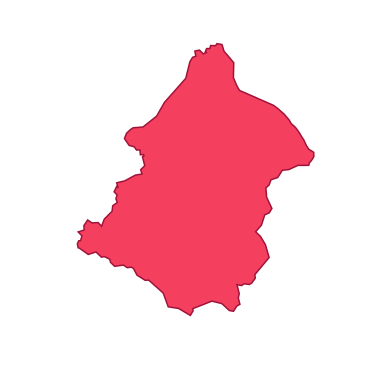 Bitola, Bitola, North Macedonia, rotated 244°
{"feature_id": "65306769B29228652763838", "entity_name": "Bitola", "entity_type": "district", "adm_level": 2, "iso_a3": "MKD", "parent_name": "North Macedonia", "parent_adm1": "Bitola", "projection": "robinson", "projection_center": [21.305, 41.044], "detail": "fine", "context": "isolated", "style": "filled", "palette": "rose", "viewbox_px": 384, "rotation_deg": 244, "n_neighbors": 0, "source": "geoboundaries", "source_scale": "gbopen_adm2", "svg_char_len": 1869}
<svg xmlns="http://www.w3.org/2000/svg" viewBox="0 0 384 384"><g transform="rotate(244 192 192)"><path d="M269.6,154.7L261.5,155.9L257.9,159.9L254.0,160.5L252.8,163.6L248.1,161.9L246.8,164.8L245.6,164.8L245.3,162.9L236.3,161.0L234.6,155.7L230.1,154.9L232.0,148.5L231.5,136.3L233.3,128.4L228.9,127.5L230.0,126.7L226.3,122.1L222.2,123.4L219.2,120.6L215.4,120.3L214.4,114.7L209.7,111.7L206.1,101.3L200.9,95.7L205.7,94.2L208.1,88.5L212.6,86.0L209.2,80.1L205.1,78.4L206.0,72.2L200.8,73.8L197.2,70.6L197.8,68.7L195.6,66.2L191.8,65.2L190.8,66.2L181.3,71.4L180.2,79.4L173.0,82.1L172.5,84.8L167.6,88.6L164.6,87.9L159.1,89.9L156.4,98.3L152.4,100.6L151.0,104.5L148.9,105.9L141.4,106.1L133.3,111.1L131.7,114.5L113.8,121.8L99.2,120.3L93.3,128.8L81.8,136.4L84.7,140.9L86.8,141.6L85.2,162.0L78.6,169.9L69.1,173.6L66.6,177.0L69.9,182.4L70.0,185.8L76.5,187.2L79.9,189.9L89.0,191.8L86.2,195.5L86.6,198.7L83.8,202.9L83.9,205.6L86.7,211.0L90.2,212.3L99.3,232.6L112.5,234.9L121.9,234.1L128.4,231.8L131.7,239.8L139.6,247.4L139.4,252.3L142.2,256.6L154.6,256.8L163.3,260.2L164.5,264.4L168.4,268.4L167.4,275.3L171.9,282.7L169.7,288.9L169.5,298.8L164.8,308.6L166.7,310.2L167.8,312.9L169.0,315.0L170.5,317.1L174.3,318.8L175.5,318.1L179.3,315.7L183.3,315.2L189.7,315.3L193.7,314.8L198.6,314.4L203.4,313.6L206.1,312.8L209.8,311.2L211.4,311.1L213.0,311.0L215.1,310.7L216.4,310.3L221.9,308.9L223.3,308.2L229.0,305.9L234.1,303.3L246.8,292.5L247.9,291.6L255.8,284.9L262.5,279.2L267.6,278.9L270.3,279.0L275.7,279.3L276.5,279.3L289.5,286.0L289.8,286.2L298.4,284.1L304.4,282.5L311.4,283.6L314.4,279.5L313.2,277.3L315.5,272.9L313.1,270.9L314.5,268.0L312.1,265.3L311.2,266.0L311.1,262.8L316.3,260.9L317.4,256.3L312.4,255.0L312.8,251.6L310.0,247.2L296.9,236.2L284.6,206.5L275.7,193.5L271.9,176.5L275.5,167.3L275.1,164.0L273.5,158.9L269.6,154.7Z" fill="#f43f5e" stroke="#9f1239" stroke-width="1.5"/></g></svg>